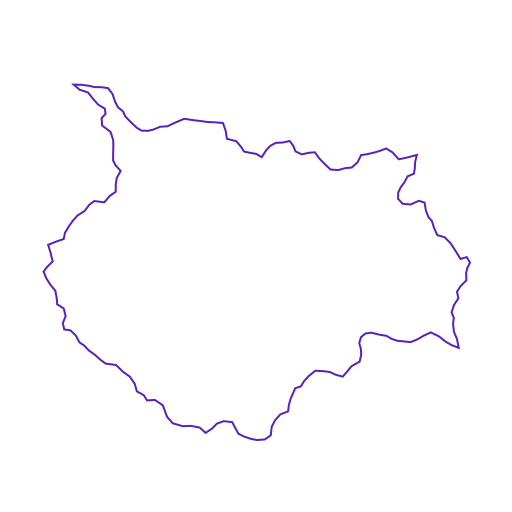 outline of Carvalhos, Minas Gerais, Brazil, rotated 266°
{"feature_id": "56859067B78944431243735", "entity_name": "Carvalhos", "entity_type": "district", "adm_level": 2, "iso_a3": "BRA", "parent_name": "Brazil", "parent_adm1": "Minas Gerais", "projection": "albers", "projection_center": [-44.48, -22.028], "detail": "fine", "context": "isolated", "style": "outline", "palette": "violet", "viewbox_px": 512, "rotation_deg": 266, "n_neighbors": 0, "source": "geoboundaries", "source_scale": "gbopen_adm2", "svg_char_len": 2643}
<svg xmlns="http://www.w3.org/2000/svg" viewBox="0 0 512 512"><g transform="rotate(266 256 256)"><path d="M150.2,451.8L159.1,450.7L166.5,448.2L174.2,447.8L180.4,449.0L186.2,447.2L193.3,450.1L199.8,455.0L206.3,454.0L211.7,458.0L217.1,464.2L224.3,464.4L229.4,466.0L234.5,469.0L240.2,466.2L238.8,459.8L245.3,456.4L255.1,451.1L261.6,445.4L264.2,438.3L272.2,435.4L278.4,434.0L282.9,430.7L289.2,428.7L297.5,427.9L299.7,422.3L296.6,413.8L297.8,406.0L303.2,401.7L309.4,402.3L314.2,405.0L318.8,408.9L324.9,412.8L327.1,419.3L332.2,420.5L338.7,421.3L345.6,423.5L343.8,414.3L342.5,405.1L349.8,399.5L354.2,393.4L352.5,387.9L351.1,382.0L349.9,374.7L349.3,367.9L342.4,363.9L337.6,357.7L337.4,351.0L336.0,343.9L337.1,336.3L344.0,330.0L349.5,325.5L355.3,322.1L355.3,316.0L354.2,308.8L357.6,302.7L363.3,300.9L368.4,297.6L367.3,290.4L367.5,283.7L365.0,278.1L360.8,273.5L354.2,268.6L357.9,263.3L359.3,257.2L361.1,251.3L366.1,248.6L371.9,244.3L375.0,235.1L383.0,234.5L391.0,232.3L392.3,223.8L393.0,217.2L394.4,210.8L395.9,202.8L397.9,194.0L394.5,184.2L391.6,176.7L391.6,169.3L389.4,162.8L388.4,157.3L389.0,150.6L392.1,146.2L397.6,141.0L404.4,135.3L409.6,133.4L414.0,128.7L420.0,126.1L427.5,124.2L433.8,120.1L435.2,113.4L435.8,106.6L437.5,101.1L438.9,94.1L439.7,86.1L434.2,91.6L430.9,99.8L424.0,104.5L418.0,109.1L413.5,115.5L408.2,115.8L404.4,111.6L396.9,111.6L389.9,119.6L381.6,121.6L375.9,121.4L368.8,120.7L361.2,120.1L356.2,122.3L350.3,126.9L343.7,122.6L336.8,121.0L329.9,120.6L326.3,114.5L320.1,108.4L322.1,98.6L318.8,93.3L312.9,88.2L308.9,80.8L303.8,75.6L298.4,71.2L292.4,67.0L286.4,65.4L284.1,57.0L281.6,49.4L273.6,51.3L264.7,52.8L259.8,47.0L255.3,43.0L248.7,45.1L241.8,48.8L235.3,53.4L227.4,54.3L221.7,54.3L217.1,60.5L209.4,61.9L202.5,58.6L196.1,59.6L194.8,65.7L189.2,70.7L182.1,73.9L178.6,78.4L173.4,82.7L168.3,88.8L163.8,93.1L159.2,98.4L157.0,108.8L149.5,115.5L144.6,121.6L137.0,126.1L129.3,127.7L125.0,134.3L119.5,137.3L119.5,145.1L113.5,152.7L107.7,154.3L101.7,156.1L94.9,161.3L91.3,171.2L91.1,179.3L88.8,187.8L83.1,193.4L86.9,200.1L91.5,205.3L93.5,212.3L91.9,220.7L84.9,223.8L80.0,226.0L76.8,231.4L74.0,238.0L72.3,244.4L72.4,252.0L76.1,258.2L84.6,259.8L90.6,263.4L96.3,269.2L98.8,277.2L105.1,278.4L111.2,280.6L116.3,283.3L121.4,285.9L122.8,291.7L127.7,295.1L132.2,299.8L137.4,307.1L136.3,315.9L135.1,321.6L131.9,327.4L129.6,334.1L134.2,338.7L139.4,343.6L143.4,352.0L150.2,354.1L156.4,354.1L161.9,352.9L167.6,355.0L171.0,359.6L171.5,365.7L169.0,373.2L167.3,380.5L163.9,385.5L161.6,391.0L160.4,398.0L159.3,404.2L161.6,411.3L164.7,417.4L167.6,425.0L163.1,432.8L157.3,439.3L153.6,444.7L150.2,451.8Z" fill="none" stroke="#5b21b6" stroke-width="2"/></g></svg>